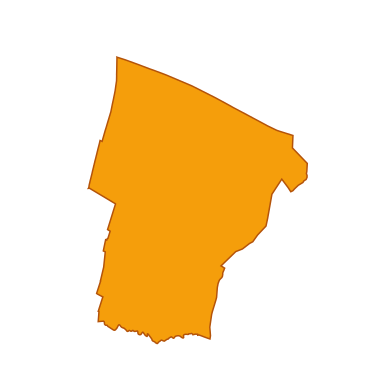 Vadu Pasii, Buzau, Romania, rotated 258°
{"feature_id": "2599482B21628128014293", "entity_name": "Vadu Pasii", "entity_type": "district", "adm_level": 2, "iso_a3": "ROU", "parent_name": "Romania", "parent_adm1": "Buzau", "projection": "robinson", "projection_center": [26.877, 45.162], "detail": "fine", "context": "isolated", "style": "filled", "palette": "amber", "viewbox_px": 384, "rotation_deg": 258, "n_neighbors": 0, "source": "geoboundaries", "source_scale": "gbopen_adm2", "svg_char_len": 4063}
<svg xmlns="http://www.w3.org/2000/svg" viewBox="0 0 384 384"><g transform="rotate(258 192 192)"><path d="M233.0,290.6L234.6,287.9L235.5,286.7L238.7,282.6L241.4,279.1L241.9,278.6L251.6,267.1L255.5,262.5L266.2,249.7L268.1,247.6L279.2,234.6L295.7,214.1L311.8,191.1L319.1,179.7L321.4,175.9L327.8,166.0L334.6,155.1L335.4,153.8L339.5,146.6L339.2,146.6L338.0,146.3L334.1,145.4L327.6,143.9L322.2,142.6L321.5,142.5L316.4,141.3L311.0,139.3L307.1,137.9L303.8,136.5L300.6,135.1L298.3,134.1L294.3,132.3L287.3,129.3L277.1,123.7L272.3,121.1L270.4,120.0L260.2,114.6L261.5,112.8L258.5,111.4L254.9,109.6L253.7,109.0L252.0,108.2L250.4,107.4L249.3,106.9L247.7,106.1L246.7,105.6L245.8,105.2L245.4,105.0L244.2,104.4L243.8,104.2L243.2,103.9L242.8,103.7L242.5,103.5L242.2,103.4L241.8,103.2L241.5,103.1L240.9,102.8L240.7,102.7L239.9,102.3L239.0,101.9L237.7,101.2L236.4,100.7L236.0,100.4L234.6,99.8L233.9,99.4L231.7,98.4L230.8,98.0L228.8,97.0L228.4,96.8L226.7,96.0L226.5,95.9L224.7,95.0L224.3,94.8L223.0,94.2L222.1,93.8L221.8,93.6L221.5,93.5L220.9,93.2L220.0,92.8L218.9,92.4L218.3,92.2L218.0,92.0L217.5,91.7L217.3,91.6L217.1,91.4L217.0,92.1L216.9,92.6L213.0,96.8L198.2,112.7L196.4,114.7L196.2,114.7L187.3,109.7L172.8,101.6L170.7,103.8L164.1,100.1L164.0,99.4L162.7,98.6L163.3,97.6L157.4,95.0L152.8,93.0L151.5,94.7L151.4,94.7L136.9,90.0L124.2,84.0L124.1,83.9L123.9,84.1L112.6,77.6L111.9,78.2L107.9,83.0L107.8,82.9L94.8,75.5L94.5,76.1L93.9,76.0L90.1,74.9L84.7,73.3L84.1,78.5L83.3,79.2L80.9,79.0L79.8,79.6L79.5,80.4L79.3,81.2L78.0,81.8L76.3,83.6L75.3,84.5L74.7,85.1L73.9,86.0L73.5,86.3L73.4,86.5L73.2,86.7L73.1,87.0L73.0,87.3L72.9,87.4L72.9,87.9L72.9,88.0L73.0,88.2L73.3,88.8L74.1,89.7L74.3,90.1L74.6,90.4L75.1,90.7L75.6,91.2L76.1,91.6L76.5,91.9L76.8,92.1L77.0,92.4L77.2,92.7L77.3,93.1L77.2,93.3L76.8,93.7L76.0,94.1L75.3,94.4L74.7,94.8L74.3,95.1L73.7,95.9L73.2,96.6L73.2,96.9L72.8,97.3L71.9,98.0L71.4,98.3L71.0,98.6L70.4,99.0L69.6,99.3L69.2,99.7L69.0,100.1L69.1,100.7L69.3,101.1L69.6,101.5L69.7,101.8L69.5,102.2L69.2,102.5L68.7,102.9L68.6,103.5L68.4,104.0L68.6,104.6L68.9,105.0L68.9,105.3L68.8,105.6L68.1,106.1L67.7,106.5L67.5,107.3L67.4,108.3L67.5,109.4L67.2,109.8L66.4,109.9L65.4,109.8L64.5,109.8L63.9,110.2L63.4,110.8L63.2,111.6L63.2,112.2L63.7,112.9L64.7,113.9L65.1,114.5L64.8,115.1L63.5,115.6L61.4,116.5L60.4,117.5L60.1,117.9L60.4,118.4L61.2,118.6L62.3,118.8L62.5,118.9L62.5,119.2L61.9,119.6L61.0,120.1L59.0,121.0L57.2,121.8L56.1,122.2L55.1,122.2L54.5,122.6L53.8,123.4L53.7,123.7L53.5,124.0L53.0,124.5L52.7,124.7L52.3,124.8L52.0,125.1L51.5,125.8L51.1,126.2L51.0,126.5L51.1,126.9L51.4,127.3L51.8,127.7L52.1,128.1L52.7,129.5L52.9,130.0L53.1,130.3L53.4,130.8L53.5,131.1L53.4,131.6L53.0,132.1L52.3,133.0L52.1,133.5L51.9,133.9L52.0,134.3L52.7,135.9L53.2,137.2L53.1,137.4L53.1,138.0L53.2,138.3L53.6,138.7L54.0,139.5L54.3,140.3L54.5,141.0L54.6,141.4L54.6,141.7L54.3,142.0L53.7,142.5L53.1,143.1L52.9,143.4L52.8,143.6L52.9,144.0L53.3,144.5L54.2,145.5L54.4,146.6L54.4,147.8L54.2,149.0L53.7,150.1L52.3,151.3L51.4,152.2L51.1,152.8L51.1,153.3L51.4,153.6L52.0,153.7L53.1,153.7L53.8,154.1L54.2,155.2L54.1,156.6L53.6,158.0L53.5,159.0L53.9,159.2L53.9,159.8L53.7,161.2L53.7,161.7L53.7,162.2L53.3,162.7L52.7,163.1L52.2,163.2L52.2,164.1L52.3,165.5L51.7,167.9L51.1,167.8L50.7,167.8L50.7,169.1L49.4,171.2L47.7,173.8L45.9,176.7L44.5,179.0L47.6,180.2L56.1,181.3L68.0,185.7L70.3,186.8L80.8,192.6L83.3,193.9L84.0,194.2L92.6,196.7L93.8,197.1L94.9,197.6L97.1,198.5L98.0,199.1L99.6,200.1L100.2,200.6L100.6,201.0L101.7,202.7L102.0,203.2L102.5,203.7L103.3,204.3L103.9,204.5L105.2,205.0L106.0,205.1L106.9,205.5L108.0,206.3L109.3,207.2L110.1,207.6L110.7,208.1L111.0,207.8L111.3,207.5L111.6,207.2L111.8,207.0L112.2,206.6L113.0,205.8L113.7,205.0L124.6,222.4L125.8,229.5L129.7,237.6L130.7,241.1L136.3,247.2L143.3,257.3L150.5,260.5L173.2,269.7L177.3,273.8L185.9,282.5L176.4,286.9L171.7,288.7L172.3,291.0L173.7,292.9L176.5,297.4L178.2,302.4L179.7,303.9L180.5,306.2L182.5,307.6L184.4,308.0L186.1,307.7L188.3,308.6L196.0,310.7L214.2,299.4L226.3,302.5L233.0,290.6Z" fill="#f59e0b" stroke="#b45309" stroke-width="1.5"/></g></svg>